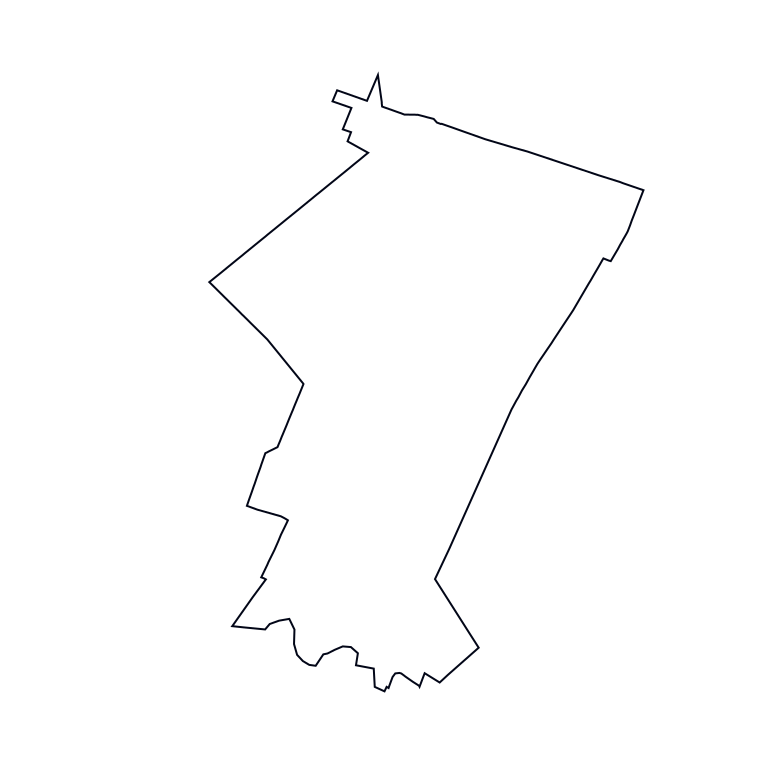 outline of San Raymundo Jalpan, Oaxaca, Mexico, rotated 16°
{"feature_id": "50627088B22735583754735", "entity_name": "San Raymundo Jalpan", "entity_type": "district", "adm_level": 2, "iso_a3": "MEX", "parent_name": "Mexico", "parent_adm1": "Oaxaca", "projection": "equal_earth", "projection_center": [-96.757, 16.981], "detail": "fine", "context": "isolated", "style": "outline", "palette": "ink", "viewbox_px": 768, "rotation_deg": 16, "n_neighbors": 0, "source": "geoboundaries", "source_scale": "gbopen_adm2", "svg_char_len": 3044}
<svg xmlns="http://www.w3.org/2000/svg" viewBox="0 0 768 768"><g transform="rotate(16 384 384)"><path d="M304.9,658.6L316.3,656.6L337.4,652.7L340.3,646.2L348.4,640.4L357.7,635.9L365.6,644.7L369.2,658.8L375.1,668.3L382.4,672.7L389.6,674.6L396.0,673.7L400.2,660.6L404.0,658.6L409.9,653.1L416.7,647.6L424.7,646.0L433.1,650.0L434.6,662.1L452.6,660.4L458.6,677.7L469.2,679.3L470.0,674.4L472.2,675.0L472.3,672.7L473.0,663.3L474.6,659.1L478.0,657.7L478.4,657.5L479.4,657.5L480.5,657.5L481.2,657.8L483.4,658.6L485.1,659.3L493.8,662.3L500.9,664.4L501.6,665.2L502.0,660.5L502.2,657.9L502.8,650.8L510.6,653.0L519.8,655.6L525.6,646.0L547.7,611.4L535.8,600.9L486.8,557.5L492.2,524.3L513.6,373.3L514.2,370.7L515.8,363.4L516.8,359.8L518.4,352.2L520.4,345.1L522.2,337.2L523.9,330.5L524.7,327.2L526.0,322.1L526.8,319.6L527.5,317.4L528.6,314.1L531.3,305.9L533.8,298.4L534.9,294.6L536.0,291.1L538.6,282.8L541.4,273.9L544.2,265.1L545.5,260.9L546.9,255.4L547.9,251.5L548.9,247.5L551.0,239.3L553.2,230.7L554.0,227.9L554.7,225.1L555.4,222.2L557.8,212.8L559.8,204.6L560.3,202.8L566.1,203.4L568.1,203.4L571.6,190.0L572.6,185.2L573.7,180.9L574.1,178.9L574.9,175.8L575.7,172.5L576.2,170.1L576.8,163.7L577.1,158.5L577.6,153.3L578.6,141.9L580.0,126.2L558.4,125.1L555.5,124.8L532.3,124.2L495.4,122.6L467.3,121.4L457.8,121.0L441.8,121.1L413.8,120.8L409.0,120.5L394.1,119.6L390.8,119.4L378.2,118.6L372.6,118.3L367.7,118.0L366.9,118.4L362.8,118.1L360.6,116.7L358.7,115.5L354.5,115.6L352.3,115.7L349.0,115.7L342.2,115.9L340.9,116.3L339.5,116.6L330.8,119.0L330.1,119.2L329.5,119.4L328.2,119.3L325.2,119.0L324.3,119.0L322.8,118.9L321.0,118.8L319.6,118.7L316.5,118.5L315.4,118.4L313.0,118.3L312.3,118.2L311.9,118.2L308.0,118.0L305.7,117.8L304.3,114.4L304.3,114.0L293.0,88.7L289.6,116.5L258.0,114.6L256.6,126.5L276.6,127.6L274.2,150.6L282.9,151.0L282.1,160.8L305.0,166.1L302.4,169.8L298.1,176.1L294.3,181.5L289.7,188.2L283.5,197.1L274.5,210.0L268.3,218.9L267.2,220.4L256.7,235.6L251.4,243.2L245.1,252.2L239.6,260.1L230.8,272.7L229.5,274.7L226.4,279.1L214.0,296.9L212.4,299.3L208.3,305.1L205.4,309.3L202.4,313.6L195.9,323.0L188.0,334.2L199.9,340.7L206.8,344.5L209.6,346.0L213.4,348.1L220.4,351.9L222.0,352.8L223.9,353.8L226.4,355.2L228.3,356.3L230.3,357.3L231.9,358.2L234.7,359.7L238.8,362.0L259.5,373.3L300.4,401.8L303.7,404.1L305.6,405.4L306.6,406.2L305.5,416.6L304.9,421.4L304.6,424.3L304.1,428.5L303.7,432.4L303.6,433.7L303.3,436.0L302.8,440.3L302.4,443.8L302.0,447.6L301.7,450.6L301.5,452.3L300.5,460.9L300.3,462.3L300.0,465.4L299.8,467.5L299.3,471.4L299.1,473.6L299.0,474.1L298.2,474.8L294.7,478.0L291.7,480.7L290.3,482.1L289.0,483.2L288.7,488.3L288.6,489.8L288.5,491.8L288.3,494.9L288.2,498.1L287.7,505.3L287.5,508.7L287.2,515.5L287.0,518.0L286.8,521.7L286.7,523.8L286.2,531.5L285.8,538.9L297.0,539.7L321.3,539.6L325.2,540.4L327.9,541.1L329.2,541.5L328.8,544.1L327.8,549.9L326.5,557.2L325.7,564.4L324.4,574.0L322.0,587.1L321.7,589.7L319.3,603.7L321.0,603.8L322.2,603.9L323.3,604.2L324.3,604.4L316.6,625.0L304.9,658.6Z" fill="none" stroke="#020617" stroke-width="2"/></g></svg>